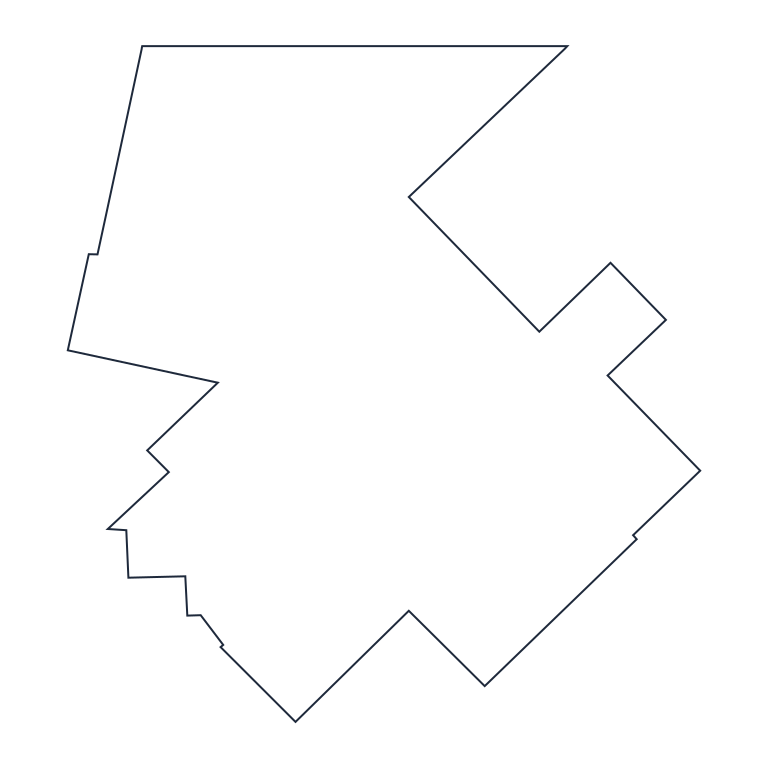 General Pinto, Buenos Aires, Argentina
{"feature_id": "61730980B27788441407365", "entity_name": "General Pinto", "entity_type": "district", "adm_level": 2, "iso_a3": "ARG", "parent_name": "Argentina", "parent_adm1": "Buenos Aires", "projection": "robinson", "projection_center": [-62.056, -34.684], "detail": "fine", "context": "isolated", "style": "outline", "palette": "slate", "viewbox_px": 768, "rotation_deg": 0, "n_neighbors": 0, "source": "geoboundaries", "source_scale": "gbopen_adm2", "svg_char_len": 580}
<svg xmlns="http://www.w3.org/2000/svg" viewBox="0 0 768 768"><path d="M665.9,319.9L610.5,262.8L539.3,331.7L408.8,197.0L529.1,82.7L564.9,48.7L566.2,47.3L567.3,46.1L566.1,46.1L562.4,46.1L333.2,46.1L143.3,46.1L142.2,46.1L141.8,47.9L141.7,48.9L130.8,99.7L105.9,215.6L97.5,254.4L88.8,254.2L67.8,350.3L217.8,382.7L147.2,450.4L168.8,472.1L107.8,529.0L126.3,530.2L128.4,577.7L185.3,576.3L187.3,615.6L200.7,615.2L223.2,644.9L220.6,647.1L295.5,721.9L408.8,610.8L484.7,686.1L636.7,539.2L633.1,535.2L700.2,470.7L607.6,375.5L665.9,319.9Z" fill="none" stroke="#1e293b" stroke-width="2"/></svg>